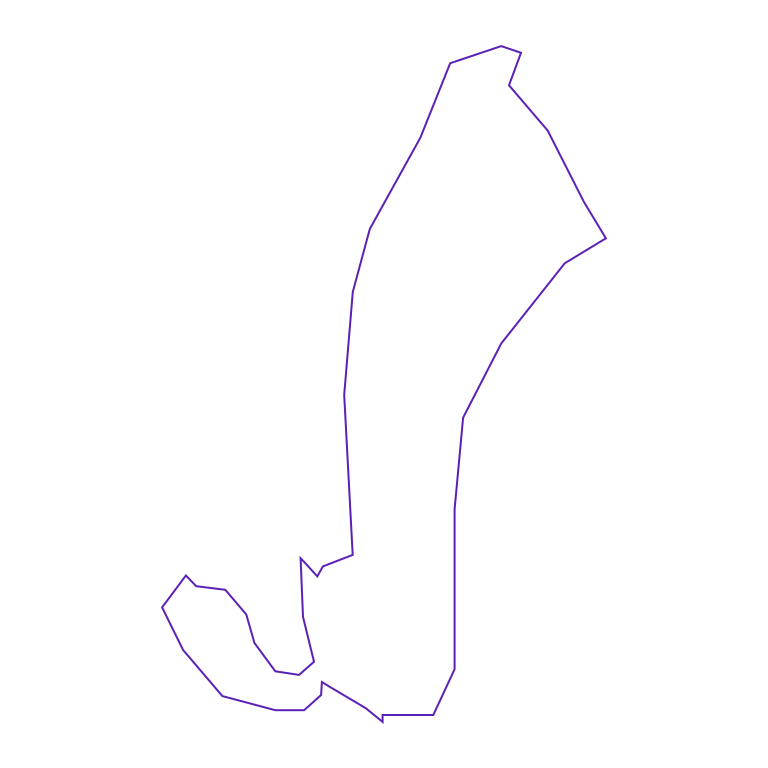 SVG path tracing the border of Butel
{"feature_id": "MKD-2921", "entity_name": "Butel", "entity_type": "Municipality", "adm_level": 1, "iso_a3": "MKD", "parent_name": "North Macedonia", "parent_adm1": "", "projection": "orthographic", "projection_center": [21.441, 42.07], "detail": "fine", "context": "isolated", "style": "outline", "palette": "violet", "viewbox_px": 768, "rotation_deg": 0, "n_neighbors": 0, "source": "natural_earth", "source_scale": "10m", "svg_char_len": 663}
<svg xmlns="http://www.w3.org/2000/svg" viewBox="0 0 768 768"><path d="M300.6,558.3L304.5,562.3L317.3,576.4L322.9,566.4L352.7,554.9L344.2,394.9L352.8,291.9L369.8,229.0L420.4,137.6L450.2,63.2L501.2,46.1L521.0,52.8L509.0,85.3L547.7,130.6L583.9,201.9L605.9,238.3L564.8,263.2L501.3,343.4L463.1,417.7L454.6,509.2L454.6,560.7L454.6,606.4L454.6,669.2L433.3,715.0L382.6,715.0L382.6,721.9L365.9,708.3L330.0,687.0L321.9,682.0L321.1,695.0L304.1,710.2L275.3,710.2L222.4,696.1L183.1,650.0L162.1,607.4L185.9,575.5L196.2,586.2L225.3,589.8L246.3,614.5L254.4,642.9L275.3,671.3L299.1,674.9L314.0,661.7L303.0,616.9L300.6,558.3Z" fill="none" stroke="#5b21b6" stroke-width="2"/></svg>